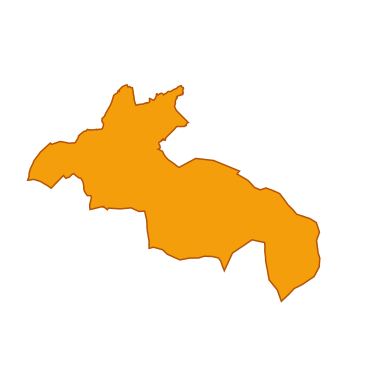 Abakaliki, Ebonyi, Nigeria, rotated 34°
{"feature_id": "59680162B3222658090770", "entity_name": "Abakaliki", "entity_type": "district", "adm_level": 2, "iso_a3": "NGA", "parent_name": "Nigeria", "parent_adm1": "Ebonyi", "projection": "robinson", "projection_center": [8.158, 6.263], "detail": "fine", "context": "isolated", "style": "filled", "palette": "amber", "viewbox_px": 384, "rotation_deg": 34, "n_neighbors": 0, "source": "geoboundaries", "source_scale": "gbopen_adm2", "svg_char_len": 4186}
<svg xmlns="http://www.w3.org/2000/svg" viewBox="0 0 384 384"><g transform="rotate(34 192 192)"><path d="M44.0,244.2L43.8,249.1L43.5,254.5L44.1,257.0L44.9,262.5L45.4,264.4L46.5,267.6L47.2,268.7L47.8,269.7L48.2,270.5L48.5,271.2L48.7,272.3L49.1,274.1L50.1,273.5L53.5,270.2L54.8,269.7L60.4,268.0L64.8,267.8L67.0,267.6L69.4,267.5L73.1,267.6L76.2,250.2L78.0,250.7L79.8,251.2L82.1,248.0L82.4,245.9L82.5,245.1L83.5,243.0L86.4,243.3L90.2,243.6L91.3,243.1L92.1,242.8L95.7,244.4L97.3,245.9L98.9,247.6L100.8,250.2L102.3,251.4L105.4,252.9L107.3,253.5L110.1,251.7L111.7,252.8L114.3,259.7L115.8,261.8L117.3,263.6L126.0,254.0L126.3,254.4L127.0,254.1L127.5,253.6L128.4,253.8L129.5,253.8L131.7,254.1L131.7,252.1L141.7,246.3L150.4,239.2L158.9,237.8L163.5,234.3L165.0,235.8L167.2,237.9L169.2,239.6L170.9,241.6L172.3,243.3L174.0,245.8L175.8,248.1L177.6,250.2L179.3,251.8L180.7,253.4L183.3,256.1L184.6,257.6L185.2,258.8L186.8,261.0L187.9,262.7L191.0,259.3L199.9,256.3L206.3,257.4L216.1,255.7L219.9,255.1L227.1,248.0L234.1,243.2L234.5,242.8L238.2,238.3L242.7,235.5L244.7,234.2L248.4,232.8L250.8,231.9L254.8,233.4L258.9,236.5L262.8,239.2L259.7,220.0L268.5,198.1L280.5,193.3L283.1,196.6L285.2,200.0L288.0,203.3L290.2,205.9L291.0,207.2L293.3,209.7L295.1,211.5L296.9,213.3L299.8,216.2L301.6,218.2L303.2,219.7L305.0,221.7L317.6,225.5L327.2,232.7L329.1,224.2L329.3,223.6L330.7,214.9L334.7,207.9L335.2,206.9L340.5,193.8L339.4,183.1L335.0,175.5L334.7,175.2L330.7,172.0L330.1,171.4L322.3,162.5L320.2,154.1L312.1,147.8L304.6,148.1L291.2,151.9L285.3,150.2L282.0,149.6L278.8,149.0L273.3,146.9L265.5,144.3L258.9,145.4L251.1,147.3L247.3,152.1L243.6,152.8L241.5,153.3L235.5,151.9L231.8,151.1L219.2,151.9L219.7,148.1L192.3,153.8L176.3,162.1L167.5,178.9L164.6,178.9L162.0,178.6L159.9,178.6L156.7,178.5L154.2,178.5L151.8,178.0L149.0,177.1L147.3,176.3L145.1,174.9L144.4,174.8L142.5,175.1L140.9,175.2L140.1,175.4L140.6,174.5L140.9,173.6L140.6,172.8L139.7,171.7L137.6,170.7L136.9,169.4L137.2,168.4L137.9,167.7L138.0,167.2L137.6,166.5L138.5,165.8L138.2,165.1L138.4,164.9L138.2,164.4L138.7,163.9L139.6,164.7L140.8,164.3L140.8,163.4L140.2,162.7L140.1,161.2L140.4,159.4L141.5,153.7L142.1,151.1L142.7,146.3L146.4,143.8L149.3,141.7L149.3,140.3L150.0,140.0L149.8,139.5L149.3,138.2L149.5,137.3L150.1,136.5L147.7,136.0L138.5,134.2L133.3,133.1L131.5,132.0L129.6,130.8L129.1,129.1L128.6,127.6L127.4,126.2L127.2,125.0L126.8,123.8L127.2,122.6L126.9,122.0L126.7,121.7L126.0,121.5L126.4,120.6L127.1,119.5L127.7,119.0L128.2,118.3L128.6,117.0L128.8,117.0L129.1,117.2L129.8,116.5L129.7,116.2L129.3,116.2L129.1,115.7L129.3,115.4L129.4,115.0L129.2,114.5L128.8,114.4L128.5,114.2L128.1,113.4L127.3,112.7L127.1,111.8L127.1,111.1L127.0,110.8L126.4,110.3L126.2,110.4L125.9,110.6L125.7,110.7L124.4,110.5L123.8,109.9L123.0,110.5L122.6,111.3L121.8,112.4L121.6,113.3L121.1,115.1L119.6,117.2L118.9,118.7L118.3,120.5L117.4,121.0L116.9,121.3L116.2,121.8L116.0,122.2L115.6,123.6L115.4,124.2L115.0,125.4L114.5,126.2L114.1,127.4L113.7,127.2L113.1,126.9L112.3,127.0L111.5,127.2L110.7,127.9L109.5,130.7L108.4,130.1L107.7,130.5L108.3,131.5L108.8,132.8L109.1,134.3L109.2,135.9L108.9,137.5L108.7,137.6L108.1,137.6L103.8,138.2L104.3,138.1L105.1,139.3L105.8,140.0L106.3,140.7L106.4,140.9L106.1,141.8L105.0,143.6L104.5,143.4L103.4,144.6L102.4,146.3L101.2,147.3L99.9,148.4L99.1,149.0L98.4,149.7L97.2,151.4L95.4,150.3L94.0,149.2L92.4,147.6L91.4,146.7L91.4,146.4L91.1,146.2L90.6,145.5L89.7,144.6L89.3,144.2L89.0,143.9L88.3,143.2L87.3,142.0L84.3,138.9L82.4,139.7L81.2,139.5L80.1,140.7L78.2,139.5L76.5,141.6L75.3,143.9L74.7,147.2L74.5,148.1L75.0,148.6L75.5,149.0L75.0,149.4L74.5,149.4L74.2,149.6L74.1,150.0L74.3,150.3L74.7,150.7L74.6,151.7L73.3,154.7L73.1,155.7L74.8,161.2L75.7,165.0L76.4,173.9L76.5,175.3L76.9,177.0L77.0,179.0L76.3,181.0L77.1,182.9L78.8,184.4L80.3,184.6L80.5,185.0L81.2,186.2L82.2,189.1L82.2,189.6L81.0,191.4L80.3,191.7L79.5,192.3L78.6,193.5L78.4,193.3L78.0,193.3L77.1,194.1L76.3,195.0L73.7,197.0L72.7,197.4L72.6,197.8L71.8,198.1L70.2,198.6L70.1,200.6L68.6,202.0L66.9,207.2L66.6,209.0L67.3,210.5L67.5,213.6L67.6,216.5L63.0,220.2L59.3,221.7L54.5,223.8L49.0,231.0L47.2,230.6L44.0,243.6L44.0,244.2Z" fill="#f59e0b" stroke="#b45309" stroke-width="1.5"/></g></svg>